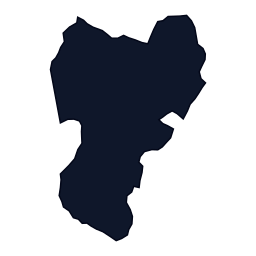 the district of Macuco, Rio de Janeiro, Brazil
{"feature_id": "56859067B22562861602233", "entity_name": "Macuco", "entity_type": "district", "adm_level": 2, "iso_a3": "BRA", "parent_name": "Brazil", "parent_adm1": "Rio de Janeiro", "projection": "natural_earth1", "projection_center": [-42.27, -22.033], "detail": "fine", "context": "isolated", "style": "filled", "palette": "ink", "viewbox_px": 256, "rotation_deg": 0, "n_neighbors": 0, "source": "geoboundaries", "source_scale": "gbopen_adm2", "svg_char_len": 1309}
<svg xmlns="http://www.w3.org/2000/svg" viewBox="0 0 256 256"><path d="M52.1,61.5L50.5,69.5L60.4,122.9L67.7,119.3L73.9,119.1L79.5,121.0L81.9,125.6L81.5,131.5L81.7,137.0L82.0,143.3L77.9,149.5L74.7,158.8L68.7,165.7L64.0,170.4L60.4,174.0L61.1,179.7L60.4,187.8L59.2,195.6L61.9,201.5L63.5,207.0L69.1,210.8L73.4,217.7L78.4,219.2L82.2,223.3L87.0,223.1L91.2,226.1L96.5,229.1L102.9,231.7L110.1,236.4L116.2,240.6L121.6,238.5L127.4,234.9L128.7,229.6L131.9,223.9L132.4,216.4L130.2,209.6L126.3,202.5L126.9,195.8L131.7,192.0L133.7,186.3L139.1,187.5L139.9,180.7L142.0,172.5L142.7,166.2L138.8,162.2L140.2,156.7L144.4,151.6L151.8,149.6L157.8,149.8L162.3,146.9L166.6,142.1L170.6,137.8L173.4,129.0L167.5,125.7L162.8,123.6L158.8,119.7L162.8,117.0L166.6,114.0L172.1,110.9L177.1,113.6L183.2,118.9L187.4,110.9L190.1,104.2L194.9,98.8L198.7,93.1L202.2,87.4L205.5,82.9L201.0,78.7L199.2,71.8L201.6,66.5L205.0,59.6L205.3,53.9L203.0,48.5L197.6,44.3L194.7,27.6L191.4,20.8L186.6,15.4L179.8,16.1L174.1,16.3L168.1,16.5L163.0,20.7L157.8,21.6L153.8,29.4L150.5,37.1L147.8,43.8L142.0,42.6L135.2,39.9L128.7,37.8L123.6,35.4L117.9,38.2L111.6,38.2L107.4,34.6L102.3,30.6L92.8,27.1L87.0,23.7L83.5,20.2L77.7,17.2L76.8,22.9L69.6,27.0L63.2,33.1L64.4,41.7L60.7,47.4L58.7,52.7L55.8,57.9L52.1,61.5Z" fill="#0f172a" stroke="#020617" stroke-width="1.5"/></svg>